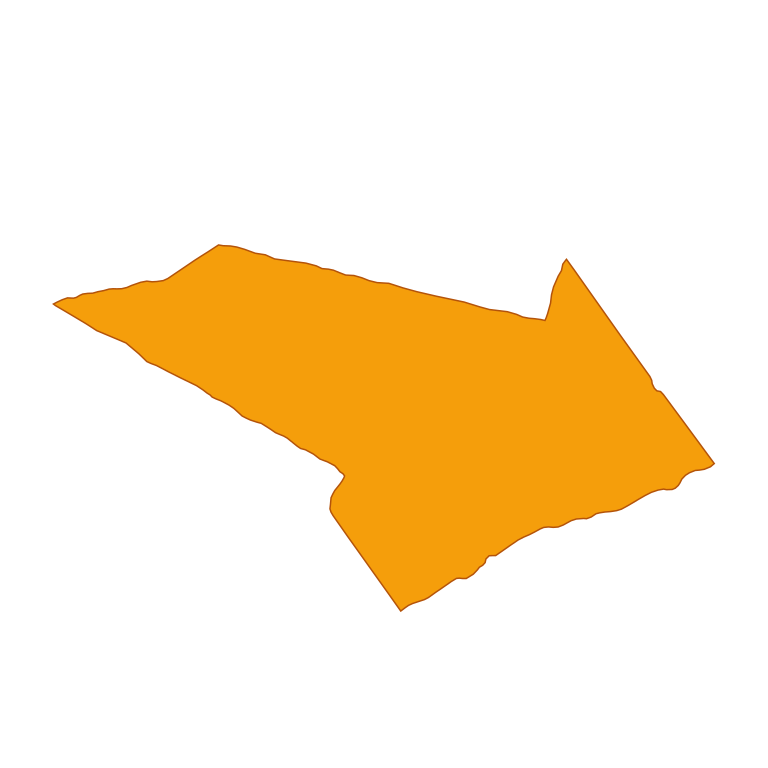 outline of Okano, Wouleu-Ntem, Gabon, rotated 235°
{"feature_id": "22940354B24104320747688", "entity_name": "Okano", "entity_type": "district", "adm_level": 2, "iso_a3": "GAB", "parent_name": "Gabon", "parent_adm1": "Wouleu-Ntem", "projection": "equal_earth", "projection_center": [11.511, 0.744], "detail": "fine", "context": "isolated", "style": "filled", "palette": "amber", "viewbox_px": 768, "rotation_deg": 235, "n_neighbors": 0, "source": "geoboundaries", "source_scale": "gbopen_adm2", "svg_char_len": 2727}
<svg xmlns="http://www.w3.org/2000/svg" viewBox="0 0 768 768"><g transform="rotate(235 384 384)"><path d="M129.0,604.5L129.4,608.9L180.7,607.7L215.1,606.8L219.2,606.2L221.9,603.6L225.5,603.0L230.3,603.8L233.5,605.4L237.6,606.1L288.9,605.5L368.4,605.2L381.5,605.0L381.0,603.3L379.6,599.2L375.1,594.4L372.4,588.5L366.3,578.6L361.0,572.4L354.7,566.8L347.8,558.4L345.2,554.8L343.7,552.3L346.9,549.4L351.2,544.7L354.7,540.5L359.3,536.0L364.9,532.6L372.5,526.5L384.5,513.1L392.2,506.7L405.1,496.7L425.7,477.4L440.7,463.9L451.8,454.7L459.1,449.2L463.7,445.7L468.7,439.4L471.0,436.5L477.3,431.0L483.7,426.8L490.1,421.6L495.2,415.1L500.7,411.4L506.3,407.8L509.9,404.4L514.1,399.4L519.6,396.3L527.8,389.4L542.0,373.9L549.2,366.1L553.2,363.7L557.9,360.9L565.0,353.5L574.2,347.1L580.6,342.0L585.1,337.4L589.5,331.6L592.8,328.2L593.2,315.7L593.6,307.6L593.9,300.1L594.1,286.7L594.4,267.4L595.3,262.5L598.3,256.6L600.7,252.7L604.3,248.7L606.9,243.0L609.5,233.8L610.5,228.8L612.5,223.8L615.1,219.8L617.4,216.7L619.4,213.3L621.3,207.9L623.7,202.6L625.5,197.4L628.1,193.4L630.5,188.8L631.1,185.6L631.4,181.6L632.4,178.9L636.1,174.1L637.6,168.7L638.6,163.1L639.1,159.1L636.6,159.9L628.1,163.8L617.5,168.6L604.3,174.5L592.5,179.3L579.5,187.5L565.6,196.2L549.4,200.5L538.4,202.6L534.6,204.8L529.7,208.2L517.5,214.5L506.0,220.7L490.2,229.5L482.8,232.4L478.2,233.8L474.7,235.3L471.9,235.7L468.2,237.8L463.7,240.8L455.7,244.9L450.2,247.0L444.4,248.3L439.2,249.4L435.2,251.5L431.1,253.9L425.5,258.1L422.3,260.8L416.0,263.5L411.3,265.4L406.4,267.2L402.7,269.5L399.0,271.9L395.2,273.7L390.3,275.1L383.0,277.2L379.0,278.7L375.2,281.9L367.1,286.0L359.2,288.5L352.7,293.0L345.3,296.8L341.3,297.4L337.4,297.6L334.1,298.9L331.4,299.0L330.4,297.8L328.6,294.1L327.4,290.8L326.3,287.1L325.0,282.6L323.3,279.1L321.2,275.4L316.1,271.1L312.7,268.1L309.4,267.1L305.2,266.8L302.0,266.8L300.7,266.8L279.3,266.8L208.7,267.4L188.4,267.5L188.6,273.1L188.6,277.1L187.8,281.5L186.0,287.5L184.2,293.5L183.6,297.9L183.7,306.5L183.6,316.2L183.6,325.9L183.2,331.8L181.8,334.3L179.6,336.8L177.5,339.8L177.0,348.1L178.2,354.0L179.2,357.0L178.9,360.9L179.7,364.4L182.2,367.1L183.0,371.6L181.5,374.0L179.4,377.1L179.4,394.7L179.3,404.4L178.5,410.5L177.2,416.7L176.4,422.4L175.7,428.8L174.9,432.6L172.6,436.7L169.5,440.4L167.0,444.6L165.7,449.9L165.2,454.6L164.7,458.9L163.1,464.1L159.3,470.5L157.5,472.6L156.2,477.4L156.1,483.3L154.8,486.7L152.5,491.4L149.5,496.5L146.8,502.0L145.3,506.7L144.4,514.9L143.6,525.9L142.9,533.9L141.9,540.9L139.9,547.7L137.5,552.8L135.4,554.8L132.3,559.6L131.6,562.8L132.1,566.8L133.2,569.6L135.3,573.5L136.3,578.6L136.1,583.3L134.7,589.3L132.5,593.1L130.4,597.5L128.9,604.1L129.0,604.5Z" fill="#f59e0b" stroke="#b45309" stroke-width="1.5"/></g></svg>